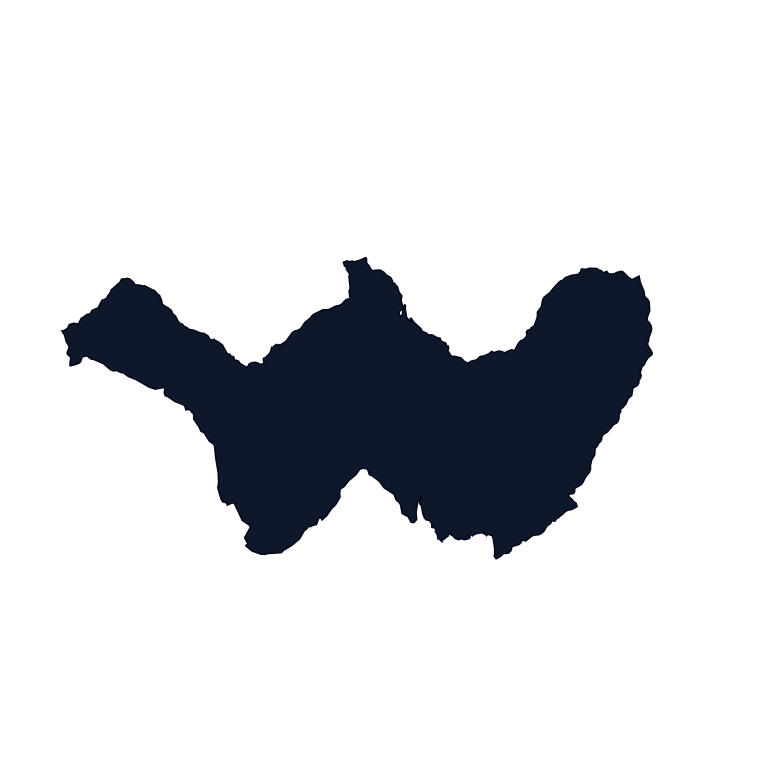 Pamplona, Norte de Santander, Colombia, rotated 155°
{"feature_id": "7082276B8319460942471", "entity_name": "Pamplona", "entity_type": "district", "adm_level": 2, "iso_a3": "COL", "parent_name": "Colombia", "parent_adm1": "Norte de Santander", "projection": "mercator", "projection_center": [-72.675, 7.367], "detail": "fine", "context": "isolated", "style": "filled", "palette": "ink", "viewbox_px": 768, "rotation_deg": 155, "n_neighbors": 0, "source": "geoboundaries", "source_scale": "gbopen_adm2", "svg_char_len": 6171}
<svg xmlns="http://www.w3.org/2000/svg" viewBox="0 0 768 768"><g transform="rotate(155 384 384)"><path d="M572.2,588.4L574.1,588.5L576.0,589.6L577.8,589.9L580.3,587.8L591.2,584.7L594.4,581.8L597.0,580.8L599.5,578.7L604.2,579.1L611.1,573.8L616.2,574.2L617.9,573.9L620.6,571.7L624.0,572.6L628.4,571.6L630.5,571.6L635.4,567.8L636.5,568.0L639.4,570.1L643.5,570.8L644.5,570.6L647.4,568.1L651.0,567.7L653.5,568.1L653.0,567.3L653.4,566.0L652.8,563.7L654.1,556.6L653.5,551.5L655.1,548.9L657.7,546.7L658.4,545.0L656.6,540.4L660.1,535.1L660.8,533.1L655.6,532.0L651.1,531.8L649.0,532.8L646.4,536.0L642.0,535.3L641.0,534.6L639.1,530.6L636.8,529.0L629.8,521.2L625.7,512.2L623.4,510.1L620.7,509.3L617.8,505.7L615.6,504.4L612.6,498.9L607.0,493.0L598.1,480.3L593.1,475.7L592.3,475.8L583.7,473.4L586.7,469.4L587.3,465.9L585.1,463.7L580.8,456.4L574.5,449.8L573.9,447.4L574.6,444.4L572.1,443.6L570.4,441.8L570.3,439.8L569.1,437.6L571.3,432.4L569.8,423.5L569.8,418.4L567.6,415.8L566.5,406.1L563.7,401.2L564.0,398.8L567.5,388.9L571.9,373.4L575.7,364.2L578.5,360.2L580.3,348.9L580.1,345.5L577.8,343.6L577.2,342.5L577.2,340.4L572.2,340.4L570.9,340.0L570.1,338.8L570.1,320.2L565.9,313.4L565.4,310.8L575.3,303.6L574.9,297.1L577.7,295.7L574.1,288.3L567.5,281.8L563.6,279.8L561.4,279.6L548.3,274.5L545.5,275.7L535.9,276.7L526.0,279.3L518.3,284.7L515.6,285.2L512.8,286.8L511.1,285.8L509.1,286.0L504.6,285.2L500.2,289.6L498.3,290.1L497.7,288.9L497.7,287.0L491.3,289.0L484.4,293.1L478.8,295.1L471.7,300.0L470.4,303.6L468.3,306.9L467.3,307.4L463.5,307.9L456.8,311.3L448.1,313.6L442.1,316.9L439.8,316.8L437.7,316.1L435.4,314.2L435.0,312.3L435.6,308.0L433.7,306.1L429.4,297.8L427.7,289.7L421.5,279.8L422.0,274.1L420.2,269.4L420.1,267.4L422.3,259.0L418.2,253.6L417.9,247.3L415.5,245.7L411.7,247.3L409.1,254.2L404.0,261.8L402.7,263.2L399.3,264.9L397.5,268.6L398.2,265.0L401.0,262.6L402.3,260.5L401.6,257.9L403.9,248.9L403.6,247.4L404.1,246.2L403.3,243.2L400.6,241.1L400.1,239.5L399.8,237.3L401.2,234.0L398.5,231.6L398.8,229.6L399.8,228.6L399.4,224.6L400.6,221.0L398.9,219.0L398.2,216.5L395.6,218.4L394.3,218.0L392.5,218.9L390.7,218.8L388.3,220.9L385.8,217.3L384.8,214.0L382.0,211.3L379.8,211.4L376.7,208.8L372.2,207.9L370.8,208.8L370.1,210.3L369.1,210.6L368.1,210.4L367.8,208.9L366.7,209.5L365.2,209.2L364.0,209.8L363.3,209.0L362.0,209.5L360.7,208.3L358.5,208.1L355.3,204.5L355.2,203.2L353.9,203.7L352.0,203.2L351.6,202.0L350.0,201.0L350.4,197.8L352.9,189.1L355.3,183.4L356.9,181.5L356.3,178.2L351.9,178.4L347.3,179.8L342.8,178.1L339.3,179.3L336.8,182.5L329.1,181.5L326.6,182.4L325.4,183.9L323.8,183.6L321.9,181.8L314.4,183.7L312.1,183.6L307.4,182.0L304.6,182.0L301.2,183.0L296.2,186.5L292.0,187.1L289.8,189.3L287.8,187.7L286.8,187.6L284.0,189.3L282.4,188.9L280.8,189.9L279.6,189.8L273.1,191.8L271.0,191.9L266.4,190.9L260.7,191.3L260.3,195.1L261.8,197.1L262.0,199.0L263.8,203.3L263.7,205.3L262.8,205.9L258.4,204.6L256.8,205.7L255.2,208.8L247.8,209.4L244.9,211.0L241.4,214.0L235.1,217.2L232.8,219.6L231.2,223.1L227.7,227.5L223.0,230.7L220.0,236.2L216.7,237.8L214.4,239.6L211.6,240.5L210.2,241.7L209.3,243.6L206.8,245.5L201.2,246.2L199.8,247.3L196.6,248.3L193.5,250.2L190.2,250.2L188.3,250.8L185.8,253.1L183.8,257.0L181.2,258.8L180.3,261.3L178.1,261.5L173.5,263.5L168.5,267.8L164.3,268.9L160.1,275.2L154.7,275.6L152.3,277.5L151.7,279.5L149.8,280.4L147.4,282.8L146.9,286.2L142.6,290.8L140.6,291.2L134.4,295.9L128.8,297.4L128.3,297.9L127.7,299.1L128.5,307.4L127.9,309.5L125.9,311.4L124.8,313.5L118.5,320.0L117.3,323.6L117.8,328.3L118.7,330.4L116.8,333.5L112.2,338.1L109.0,346.3L109.2,349.1L110.8,353.2L109.2,358.1L108.8,367.6L107.2,374.0L115.1,373.7L117.5,377.7L119.9,384.4L121.3,385.9L126.1,386.8L128.6,386.6L131.7,387.6L133.9,389.1L134.5,392.0L138.0,392.0L139.3,395.1L141.6,397.0L142.2,398.7L149.0,402.2L152.3,402.5L156.5,404.8L158.3,402.7L161.8,401.3L168.2,403.3L174.9,403.8L177.5,402.6L180.9,402.7L186.7,400.7L195.7,396.5L202.0,395.1L204.3,393.6L208.9,387.4L214.5,384.4L216.8,379.8L223.2,373.3L227.3,372.6L229.1,371.0L229.9,372.1L231.6,371.9L233.4,370.4L233.2,369.0L234.9,366.8L239.2,365.2L242.0,365.4L245.1,364.0L252.2,358.7L252.5,359.9L253.7,361.1L259.2,361.5L261.1,361.1L264.3,364.3L266.6,365.5L270.8,365.9L272.8,368.1L275.7,367.1L281.3,367.2L285.3,368.3L289.7,366.7L295.7,367.9L299.1,367.4L301.4,370.0L303.2,375.2L308.5,379.4L310.4,380.1L311.5,381.9L312.0,387.5L310.5,388.6L309.7,391.2L310.9,391.8L310.9,395.3L313.5,397.8L314.1,399.6L313.8,401.8L316.4,403.7L319.4,408.0L323.2,410.0L323.9,412.2L327.2,415.7L327.1,418.4L331.0,427.9L331.3,431.5L331.9,432.3L332.8,431.9L333.3,428.8L333.8,429.2L335.3,434.9L333.2,442.5L331.4,446.2L331.7,447.0L333.1,446.5L335.8,443.2L338.2,438.7L339.6,438.5L340.7,439.8L340.7,441.0L339.5,443.0L336.3,444.4L334.3,446.1L333.2,452.2L330.6,456.5L331.6,460.5L330.7,466.6L331.8,469.2L331.8,471.0L333.7,471.7L332.7,473.8L332.9,477.6L336.1,482.3L336.8,485.2L339.2,488.8L343.5,490.8L345.9,491.2L347.3,493.0L347.6,497.4L348.5,500.3L348.3,502.0L346.8,505.0L347.3,506.4L352.2,506.3L359.2,507.2L360.6,508.7L364.2,509.7L365.3,511.2L369.4,511.5L369.9,507.6L368.7,506.2L369.6,503.6L368.7,498.3L370.3,496.3L374.3,484.9L376.4,483.0L378.8,475.4L381.7,476.6L385.1,475.8L387.8,474.4L392.2,474.1L394.3,475.0L402.6,474.8L408.1,477.1L417.9,476.9L420.7,476.2L423.1,474.9L429.8,473.2L436.3,469.3L439.7,469.1L442.4,469.8L445.5,469.3L454.8,464.1L461.9,463.2L462.6,464.2L464.5,464.2L464.9,465.4L467.4,464.9L468.8,464.1L470.2,464.8L472.9,461.5L475.5,459.7L480.7,458.0L482.4,458.2L483.4,456.4L483.5,455.2L484.3,453.5L484.9,453.3L488.2,454.3L489.6,456.5L491.5,458.1L494.8,459.2L497.4,459.3L499.9,457.5L501.3,457.1L505.7,463.2L506.2,466.3L507.6,467.8L509.3,468.5L508.8,472.3L511.6,474.6L510.9,475.7L513.3,477.9L513.9,487.5L516.3,492.1L518.9,495.3L519.0,496.3L521.9,496.8L522.9,498.6L523.1,501.8L525.6,505.8L528.9,507.9L533.6,513.1L537.8,516.1L538.3,517.6L541.2,521.5L541.2,523.2L543.2,524.9L544.2,528.6L544.2,533.4L545.9,537.5L545.6,540.4L547.5,544.5L549.3,546.5L551.2,550.1L550.2,553.9L550.0,559.3L551.0,560.7L552.5,565.8L554.0,567.1L559.4,574.2L561.1,574.7L563.4,576.7L567.7,579.1L567.7,580.8L569.0,584.6L569.8,585.2L569.8,586.3L572.2,588.4Z" fill="#0f172a" stroke="#020617" stroke-width="1.5"/></g></svg>